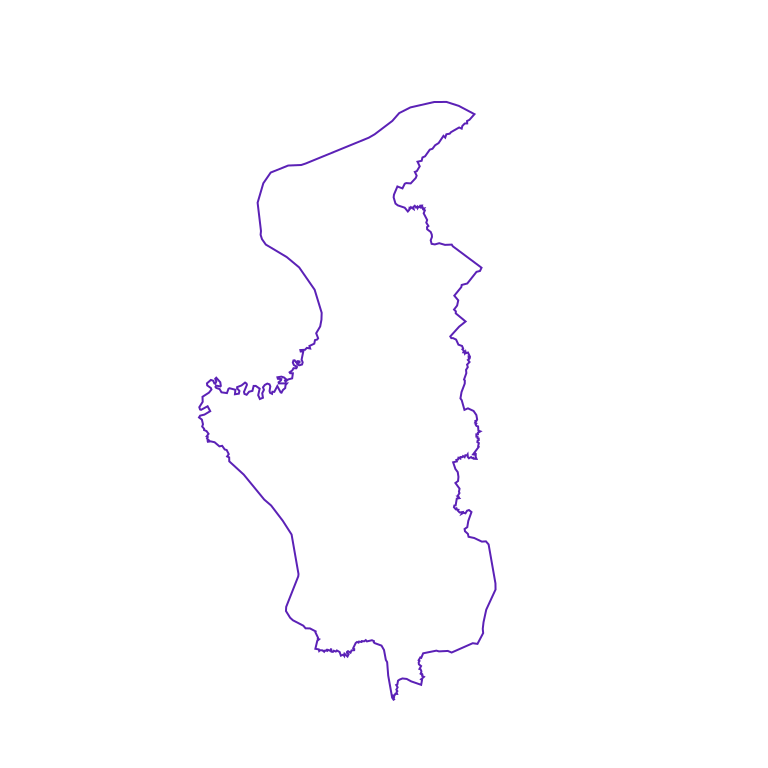 Pak Khat, Bueng Kan, Thailand (orthographic projection), rotated 24°
{"feature_id": "78962969B17401881155721", "entity_name": "Pak Khat", "entity_type": "district", "adm_level": 2, "iso_a3": "THA", "parent_name": "Thailand", "parent_adm1": "Bueng Kan", "projection": "orthographic", "projection_center": [103.357, 18.296], "detail": "fine", "context": "isolated", "style": "outline", "palette": "violet", "viewbox_px": 768, "rotation_deg": 24, "n_neighbors": 0, "source": "geoboundaries", "source_scale": "gbopen_adm2", "svg_char_len": 6164}
<svg xmlns="http://www.w3.org/2000/svg" viewBox="0 0 768 768"><g transform="rotate(24 384 384)"><path d="M356.9,100.7L339.2,99.5L326.4,100.9L315.1,106.0L295.6,120.6L287.7,130.3L284.6,140.3L273.9,159.7L269.9,165.2L222.8,214.4L219.3,217.6L207.6,223.4L194.5,236.9L192.1,249.7L194.8,269.8L209.4,294.3L210.6,297.9L213.6,301.3L219.3,304.7L243.5,307.6L259.1,312.0L282.3,326.1L298.1,344.3L300.7,350.7L302.3,357.4L301.4,365.2L305.2,369.0L304.9,370.5L303.1,372.0L303.9,375.5L300.4,379.6L302.1,381.6L298.8,382.4L297.9,384.9L293.8,387.0L294.7,388.2L297.0,387.0L298.8,395.2L300.9,397.3L301.2,399.5L299.3,401.2L297.0,401.5L296.2,400.6L298.1,398.8L297.7,397.8L296.0,398.1L294.5,399.8L292.7,398.7L291.7,399.3L292.0,401.5L293.9,403.3L297.6,403.8L297.5,405.3L294.9,406.4L294.7,408.9L293.0,411.7L293.9,412.3L296.4,411.3L297.8,416.2L294.6,418.8L293.1,421.8L292.1,421.2L292.4,419.4L290.0,418.7L287.3,419.0L283.9,421.2L284.9,422.4L288.2,421.3L288.4,422.6L287.0,425.3L287.7,426.2L295.1,422.9L294.5,425.1L295.4,427.9L294.1,430.6L293.9,433.6L293.0,433.7L287.4,429.3L287.0,435.8L285.2,436.5L285.7,438.5L283.5,438.4L282.3,437.0L281.1,432.4L279.5,430.9L277.2,431.1L275.5,433.3L274.8,436.2L276.7,438.2L276.5,441.9L279.0,445.8L276.7,448.2L273.6,445.4L272.3,438.8L267.6,437.9L265.7,438.8L266.6,443.8L263.9,445.9L262.9,449.7L260.6,449.8L259.3,448.2L259.1,440.5L258.2,439.5L256.5,439.2L254.4,443.3L251.1,446.6L251.6,447.7L254.8,449.2L255.3,451.9L252.0,454.0L250.6,449.7L244.6,450.7L243.9,451.6L244.2,456.2L238.9,457.7L235.9,455.5L232.3,455.8L231.2,455.2L231.3,453.7L235.5,452.8L235.7,452.1L233.7,449.0L228.2,446.5L227.7,447.9L229.8,449.9L229.7,452.4L228.8,452.5L226.7,450.5L224.2,450.7L222.0,455.4L223.1,457.2L227.5,458.1L228.6,459.2L227.6,463.1L223.4,469.5L225.6,474.0L224.7,480.3L226.3,482.1L227.4,482.0L231.9,476.1L236.3,479.5L232.4,485.0L228.9,487.7L228.6,489.8L232.1,490.6L235.0,494.4L235.2,496.8L237.9,498.1L238.3,499.2L241.0,499.2L244.0,500.9L243.3,504.1L244.6,504.2L244.5,505.9L246.7,506.6L246.0,507.7L246.6,508.4L249.0,506.9L252.9,506.1L259.0,507.9L261.3,506.3L265.1,508.6L267.1,508.3L270.7,511.2L270.2,514.0L272.4,514.0L274.1,517.6L292.7,523.8L321.6,538.3L330.3,540.9L347.1,550.1L360.8,559.1L383.2,592.4L383.9,594.6L385.3,627.4L386.8,631.3L393.3,635.7L396.9,636.9L408.6,637.6L411.7,639.1L415.8,637.4L422.2,637.8L422.3,638.7L426.9,642.6L427.1,643.7L428.5,643.6L427.5,645.8L429.0,653.8L432.4,653.0L433.4,654.3L433.9,653.2L436.0,652.4L438.1,652.9L438.0,651.9L439.4,651.4L439.6,650.4L440.7,650.7L440.8,649.7L443.4,649.6L443.3,647.2L444.9,649.9L446.3,649.5L446.6,648.1L448.8,648.0L449.3,646.6L452.5,646.9L455.1,649.7L456.9,647.8L458.3,648.6L457.7,646.5L461.5,647.8L461.6,645.3L459.4,644.6L459.2,643.7L459.8,642.7L462.7,643.1L462.7,640.6L465.0,639.3L464.6,638.2L463.3,637.9L463.5,632.1L464.3,630.6L465.9,630.6L465.9,629.5L468.4,628.8L468.3,627.9L470.6,627.1L471.5,625.4L473.1,626.1L477.2,623.0L479.4,623.0L479.8,624.2L481.0,624.5L488.1,624.0L492.2,627.0L497.9,635.3L500.0,636.8L506.4,648.6L519.0,667.2L521.1,668.5L521.5,667.9L520.3,667.0L520.6,666.1L519.5,664.6L520.3,664.3L520.4,662.4L522.0,661.8L520.8,660.5L521.1,659.1L519.6,658.2L519.8,655.5L517.6,654.0L518.4,653.1L517.5,649.3L518.4,647.8L520.6,645.5L524.7,644.2L529.8,644.6L540.3,643.7L539.1,638.8L538.0,638.7L539.6,635.3L537.5,635.1L537.3,634.2L535.8,633.9L536.4,633.3L535.3,632.8L535.0,631.2L533.5,629.8L532.3,629.9L532.6,626.6L529.9,625.9L528.9,624.2L529.1,622.6L528.0,622.3L528.4,619.0L529.4,619.0L529.3,614.1L540.3,606.3L543.0,605.9L550.9,601.9L555.0,601.8L570.5,584.7L575.1,583.4L575.9,571.2L573.8,567.5L571.8,561.1L569.2,548.6L569.5,526.4L566.9,520.8L544.8,488.0L541.1,486.3L537.5,488.2L529.0,488.0L523.4,489.2L521.6,486.8L517.9,485.6L516.6,483.7L518.3,480.9L516.7,474.8L516.0,465.4L512.9,464.6L511.4,466.0L511.0,469.0L509.0,469.3L507.8,470.9L507.9,469.0L505.3,470.6L503.1,469.7L503.1,468.7L501.8,469.1L500.9,468.2L500.4,469.2L498.0,468.1L497.7,466.4L498.8,465.7L497.1,459.1L499.2,457.7L497.1,456.8L497.7,456.5L496.9,455.9L497.3,452.9L496.3,452.0L495.6,448.9L489.5,445.4L491.1,442.5L489.8,438.6L487.2,434.5L483.8,432.6L479.0,427.4L482.0,425.1L481.0,423.9L482.3,422.9L482.0,421.1L484.1,421.1L483.6,419.6L485.2,419.0L485.5,417.7L487.4,418.1L487.3,416.0L488.8,415.6L489.0,414.3L490.3,416.6L491.8,417.3L493.3,415.3L494.8,415.8L495.7,415.1L496.3,415.8L499.0,414.8L497.4,413.3L496.2,410.4L495.2,410.3L495.3,411.8L494.0,412.1L496.1,402.9L495.3,402.6L494.7,399.4L492.9,399.1L492.6,397.8L493.4,396.7L492.7,395.3L491.6,395.6L490.9,394.1L489.8,394.5L488.8,392.4L490.2,391.6L489.6,390.5L491.3,388.1L489.2,388.2L487.2,384.5L485.6,384.7L484.2,383.8L484.4,382.5L483.0,382.4L483.3,380.7L481.9,381.2L483.4,379.7L483.5,378.5L481.0,374.8L476.8,372.2L470.6,372.1L468.0,374.9L461.6,367.2L459.7,366.1L458.1,359.8L457.6,350.8L456.4,347.9L455.3,347.4L454.8,340.6L453.2,337.7L453.7,334.5L452.0,332.5L453.2,329.1L450.9,327.9L451.5,327.0L450.4,325.0L451.7,325.2L451.5,324.2L447.9,321.1L446.2,322.6L445.4,321.5L445.3,323.2L444.3,322.2L443.6,322.6L443.6,321.2L441.5,320.4L441.8,319.3L439.8,317.5L436.0,317.8L431.8,314.1L428.4,314.0L426.8,314.7L425.2,313.6L429.3,301.1L433.1,293.7L420.8,290.3L420.1,288.4L417.7,287.5L418.9,282.6L417.8,277.4L412.3,274.7L415.2,264.0L414.7,261.9L419.2,258.3L422.9,243.9L425.7,241.7L425.8,238.1L390.8,230.2L389.2,229.1L383.1,232.1L377.2,232.9L373.7,235.8L370.5,236.6L368.2,233.7L368.0,230.1L366.9,228.1L364.8,226.1L360.5,225.1L359.5,223.2L360.3,221.6L357.0,219.4L356.7,216.6L350.8,211.9L350.7,208.7L349.1,208.6L349.3,207.3L348.3,208.0L347.6,207.0L346.6,207.6L346.2,205.5L344.5,206.4L344.8,207.9L343.4,208.2L343.2,209.6L342.2,208.4L341.5,209.7L339.6,208.7L338.8,210.5L339.9,212.1L336.7,211.5L336.7,212.8L335.7,212.7L336.2,214.8L335.6,216.7L331.2,214.5L324.0,215.2L321.1,214.5L316.9,209.6L316.1,207.0L315.9,198.1L321.3,197.8L321.5,192.6L322.6,191.4L326.8,189.9L329.2,182.9L329.1,180.4L325.9,177.7L327.4,176.2L328.1,170.6L324.2,167.3L327.6,164.8L327.0,161.4L328.9,159.3L330.5,151.3L332.6,149.4L333.6,145.1L335.9,141.7L337.4,133.1L339.7,134.0L339.4,130.5L342.2,128.6L342.8,126.6L348.3,119.1L351.1,119.1L350.6,116.4L351.8,113.2L354.0,112.1L352.9,110.0L354.6,107.9L356.9,100.7Z" fill="none" stroke="#5b21b6" stroke-width="2"/></g></svg>